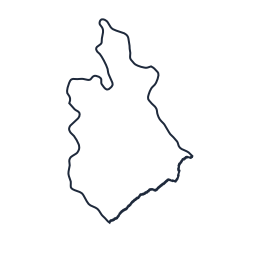 Paraiso, Barahona, Dominican Republic (Mercator projection), rotated 18°
{"feature_id": "3306468B48518984773258", "entity_name": "Paraiso", "entity_type": "district", "adm_level": 2, "iso_a3": "DOM", "parent_name": "Dominican Republic", "parent_adm1": "Barahona", "projection": "mercator", "projection_center": [-71.185, 18.039], "detail": "fine", "context": "isolated", "style": "outline", "palette": "slate", "viewbox_px": 256, "rotation_deg": 18, "n_neighbors": 0, "source": "geoboundaries", "source_scale": "gbopen_adm2", "svg_char_len": 5950}
<svg xmlns="http://www.w3.org/2000/svg" viewBox="0 0 256 256"><g transform="rotate(18 128 128)"><path d="M139.7,223.7L139.7,222.3L140.0,222.3L140.0,221.7L140.3,221.7L140.3,221.3L140.6,221.3L140.6,221.0L141.2,221.0L141.2,220.7L141.8,220.7L141.8,220.4L142.1,220.4L142.1,220.0L142.4,220.0L142.4,219.7L142.8,219.7L142.8,219.4L143.1,219.4L143.1,218.7L143.4,218.7L143.4,218.4L143.7,218.4L143.7,218.1L144.0,218.1L144.0,217.8L144.6,217.8L144.6,217.5L144.9,217.5L144.9,217.1L145.2,217.1L145.2,216.8L145.5,216.8L145.5,215.8L145.8,215.8L145.8,214.9L146.1,214.9L146.1,214.2L146.4,214.2L146.4,212.3L146.8,212.3L146.8,211.3L147.1,211.3L147.1,210.7L147.4,210.7L147.4,210.0L147.7,210.0L147.7,209.4L148.0,209.4L148.0,209.0L148.3,209.0L148.3,208.7L148.6,208.7L148.6,208.1L148.9,208.1L148.9,207.7L149.2,207.7L149.2,207.4L149.5,207.4L149.5,207.1L149.8,207.1L149.8,206.8L150.1,206.8L150.1,206.4L150.5,206.4L150.5,206.1L150.8,206.1L150.8,205.8L151.1,205.8L151.1,205.5L151.4,205.5L151.4,205.1L151.7,205.1L151.7,204.2L152.0,204.2L152.0,203.2L152.3,203.2L152.3,202.2L152.6,202.2L152.6,201.9L152.9,201.9L152.9,201.6L153.2,201.6L153.2,200.9L153.5,200.9L153.5,200.6L153.8,200.6L153.8,200.0L154.1,200.0L154.1,198.7L154.5,198.7L154.5,197.7L154.8,197.7L154.8,197.1L155.1,197.1L155.1,196.7L155.4,196.7L155.4,196.1L155.7,196.1L155.7,195.8L156.0,195.8L156.0,195.1L156.3,195.1L156.3,194.5L156.6,194.5L156.6,194.1L157.2,194.1L157.2,193.5L157.5,193.5L157.5,192.8L157.8,192.8L157.8,192.5L158.1,192.5L158.1,191.9L158.5,191.9L158.5,191.5L159.1,191.5L159.1,191.2L159.4,191.2L159.4,190.6L159.7,190.6L159.7,189.6L160.0,189.6L160.0,188.6L160.3,188.6L160.3,187.7L160.6,187.7L160.6,187.3L161.2,187.3L161.2,187.0L161.8,187.0L161.8,186.7L162.5,186.7L162.5,186.4L162.8,186.4L162.8,186.0L163.1,186.0L163.1,185.7L163.7,185.7L163.7,185.4L164.0,185.4L164.0,185.1L164.3,185.1L164.3,184.4L164.6,184.4L164.6,184.1L164.9,184.1L164.9,183.8L165.2,183.8L165.2,183.5L165.9,183.5L165.9,182.8L166.2,182.8L166.2,182.2L166.5,182.2L166.5,181.8L167.1,181.8L167.1,180.9L167.4,180.9L167.4,180.2L167.7,180.2L167.7,179.9L168.0,179.9L168.0,179.6L168.6,179.6L168.6,179.2L169.5,179.2L169.5,178.9L170.2,178.9L170.2,178.6L171.7,178.6L171.7,178.9L172.6,178.9L172.6,179.2L172.9,179.2L172.9,178.9L173.2,178.9L173.2,178.6L173.6,178.6L173.6,178.3L173.9,178.3L173.9,177.9L174.2,177.9L174.2,177.6L174.5,177.6L174.5,177.0L174.8,177.0L174.8,176.0L175.1,176.0L175.1,175.7L175.4,175.7L175.4,175.0L175.7,175.0L175.7,174.7L176.0,174.7L176.0,174.1L176.3,174.1L176.3,173.7L176.6,173.7L176.6,173.1L176.9,173.1L176.9,172.8L177.2,172.8L177.2,172.1L177.6,172.1L177.6,171.8L177.9,171.8L177.9,171.1L178.2,171.1L178.2,170.8L178.5,170.8L178.5,170.2L179.1,170.2L179.1,169.9L179.4,169.9L179.4,169.2L179.7,169.2L179.7,168.6L180.0,168.6L180.0,168.2L180.3,168.2L180.3,167.6L180.6,167.6L180.6,166.9L180.9,166.9L180.9,166.6L181.2,166.6L181.2,166.0L181.6,166.0L181.6,165.3L181.9,165.3L181.9,165.0L182.2,165.0L182.2,164.7L182.8,164.7L182.8,164.3L184.0,164.3L184.0,164.7L186.5,164.7L186.5,164.3L187.1,164.3L187.1,164.0L187.4,164.0L187.4,164.3L189.3,164.3L189.3,164.0L189.6,164.0L189.6,163.7L189.9,163.7L189.9,162.7L190.2,162.7L190.2,161.8L190.5,161.8L190.5,160.8L190.8,160.8L190.8,157.9L190.5,157.9L190.5,157.2L190.2,157.2L190.2,153.0L189.6,153.0L189.6,152.4L188.9,152.4L188.9,151.4L188.6,151.4L188.6,151.1L188.3,151.1L188.3,150.7L188.6,150.7L188.6,149.8L188.3,149.8L188.3,148.2L188.0,148.2L188.0,147.8L187.7,147.8L187.7,146.5L188.0,146.5L188.0,146.2L188.3,146.2L188.3,145.6L188.6,145.6L188.6,144.6L188.9,144.6L188.9,143.9L189.3,143.9L189.3,143.6L188.9,143.6L188.9,143.3L189.3,143.3L189.3,142.3L189.6,142.3L189.6,141.0L189.9,141.0L189.9,140.7L190.8,140.7L190.8,139.7L191.4,139.7L191.4,139.1L191.7,139.1L191.7,138.8L192.0,138.8L192.0,138.1L192.3,138.1L192.3,137.8L192.9,137.8L192.9,137.5L193.3,137.5L193.3,137.1L196.6,137.1L196.6,136.8L197.0,136.8L197.0,135.8L197.6,135.8L197.6,135.5L197.9,135.5L197.9,134.8L193.2,132.5L190.9,132.0L185.4,131.4L183.3,130.6L181.7,129.3L179.8,126.6L178.9,125.7L174.1,122.8L170.1,120.8L168.2,119.3L161.5,113.4L160.2,112.6L157.5,111.2L155.5,109.9L153.7,108.2L152.2,106.3L151.3,105.0L150.0,102.3L149.2,101.1L148.1,100.1L147.0,99.3L143.0,97.4L139.5,95.3L138.4,94.4L137.8,93.2L137.4,91.8L137.3,89.5L137.4,86.3L137.9,83.2L138.4,81.8L140.1,78.5L140.7,76.3L141.0,72.3L140.7,68.5L139.8,66.5L138.8,65.6L134.6,63.3L133.2,62.8L130.9,62.3L127.9,64.5L126.5,65.2L124.8,65.5L121.4,65.8L117.9,65.7L115.4,65.3L113.9,64.7L109.8,62.2L108.8,61.3L108.4,60.7L107.9,59.4L107.0,55.9L105.1,52.1L104.0,49.2L100.7,42.7L99.9,41.5L98.8,40.5L97.6,39.8L95.2,39.1L86.7,39.0L83.3,38.7L81.7,38.2L80.3,37.4L76.0,33.7L74.7,32.9L72.5,32.3L71.1,32.3L69.7,32.7L69.1,33.1L68.4,34.4L68.3,35.8L68.5,37.0L69.2,38.2L72.3,40.4L73.2,41.4L74.0,42.6L74.7,44.8L75.5,51.0L76.5,54.8L76.5,55.4L76.1,56.7L73.4,60.5L73.1,61.8L73.4,63.0L74.2,64.0L75.2,64.9L78.4,66.4L81.0,68.4L84.2,71.3L87.7,74.9L90.3,78.1L92.1,81.6L93.0,82.9L99.1,89.7L99.8,91.1L100.0,91.8L99.8,93.1L99.4,94.3L97.8,96.9L96.6,97.7L95.9,97.9L94.5,97.7L92.7,96.8L89.5,94.5L88.7,93.5L87.5,89.9L86.5,89.0L84.5,88.3L81.6,88.3L80.3,88.6L79.2,89.4L78.5,90.4L77.4,93.2L77.0,93.7L75.9,94.4L74.6,94.7L70.1,95.2L68.6,95.6L64.6,97.2L60.6,98.3L59.4,99.1L58.9,99.7L58.4,101.0L58.1,103.4L58.1,108.4L58.6,111.6L59.5,113.6L62.5,116.0L63.7,117.6L64.4,119.7L64.5,122.6L71.3,126.6L72.6,127.1L75.4,127.7L76.6,128.3L77.1,128.7L77.8,129.9L78.1,132.0L77.6,134.2L72.4,143.6L72.1,145.0L72.1,146.5L72.6,147.9L74.0,149.5L75.1,150.3L79.1,152.3L82.9,155.4L85.7,158.3L86.7,159.5L87.7,161.7L88.0,163.3L87.9,164.8L87.4,167.1L86.6,168.4L83.8,171.7L82.6,173.4L82.2,174.8L82.1,176.3L82.4,177.7L84.1,181.5L84.9,187.7L85.5,190.0L86.7,192.1L90.1,196.6L90.6,198.0L91.4,200.7L91.9,201.9L92.9,202.8L94.2,203.3L96.4,203.6L101.9,203.8L104.2,204.3L105.6,205.1L106.8,206.1L111.5,210.5L114.0,212.4L116.2,213.2L121.7,213.8L124.0,214.4L126.0,215.6L129.8,218.7L131.2,219.5L133.9,220.8L137.7,223.0L139.7,223.7Z" fill="none" stroke="#1e293b" stroke-width="2"/></g></svg>